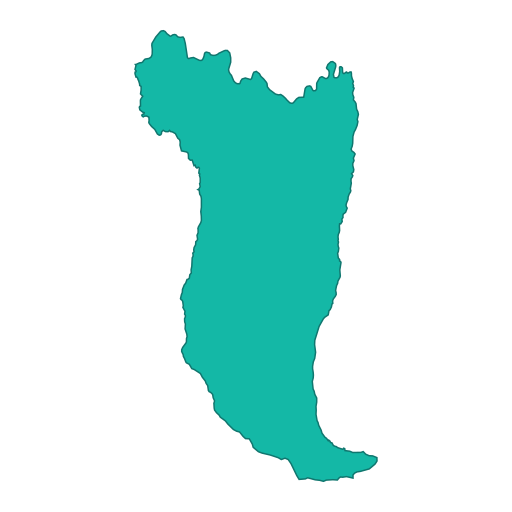 outline of Butha-Buthe (Butha-Buthe District), Butha-Buthe, Lesotho
{"feature_id": "5366337B51987065811788", "entity_name": "Butha-Buthe (Butha-Buthe District)", "entity_type": "district", "adm_level": 2, "iso_a3": "LSO", "parent_name": "Lesotho", "parent_adm1": "Butha-Buthe", "projection": "equal_earth", "projection_center": [28.266, -28.757], "detail": "fine", "context": "isolated", "style": "filled", "palette": "teal", "viewbox_px": 512, "rotation_deg": 0, "n_neighbors": 0, "source": "geoboundaries", "source_scale": "gbopen_adm2", "svg_char_len": 5958}
<svg xmlns="http://www.w3.org/2000/svg" viewBox="0 0 512 512"><path d="M377.0,461.0L376.9,457.6L372.7,455.9L369.1,455.7L365.7,454.2L363.2,451.6L360.9,452.4L352.7,452.5L349.7,451.2L345.0,450.6L344.7,448.6L343.6,448.2L342.9,449.3L337.8,447.7L336.1,446.5L335.2,446.4L333.4,445.5L331.9,442.8L330.5,442.5L330.0,441.2L328.7,440.1L328.2,440.7L326.5,438.3L325.0,437.3L322.0,433.2L321.1,430.1L318.7,425.3L318.0,422.4L317.1,420.8L316.0,414.3L316.2,410.1L316.0,406.4L316.7,402.1L316.7,398.0L314.8,394.3L314.1,391.1L313.1,389.0L312.3,381.4L313.2,377.9L313.4,375.1L313.2,372.5L312.6,368.8L312.6,366.3L313.3,361.9L314.7,358.4L315.6,352.3L314.6,344.6L314.8,340.3L319.1,326.4L323.3,318.9L324.7,317.3L328.2,314.9L329.0,310.6L330.1,309.7L331.4,307.0L332.0,304.0L332.8,303.4L332.6,300.9L333.3,299.0L335.3,296.3L336.2,294.5L336.1,292.6L335.6,290.5L336.0,288.3L336.6,285.5L337.6,283.4L337.9,281.2L340.0,277.3L340.3,275.9L339.8,269.9L341.0,262.6L340.6,261.5L339.6,261.0L339.6,259.5L338.3,258.0L337.6,253.1L338.3,251.7L338.8,248.1L338.2,246.3L338.0,244.3L338.5,242.0L338.0,240.8L338.3,239.3L338.0,236.9L338.3,234.5L339.2,232.5L339.6,230.5L339.4,225.8L339.6,223.8L340.7,223.9L342.2,221.6L341.9,219.1L343.0,217.5L342.9,215.9L343.2,214.2L345.6,212.3L347.2,208.1L346.4,206.8L346.0,205.1L346.6,202.8L348.0,199.5L348.1,197.1L349.1,194.2L350.5,191.9L350.8,190.6L350.3,188.9L351.3,183.2L351.0,181.2L351.1,178.7L352.4,176.8L352.8,175.5L351.5,173.7L353.4,171.9L353.8,169.6L352.8,165.6L352.8,163.4L354.0,160.7L353.4,158.1L355.1,154.0L353.9,152.4L351.9,151.0L351.1,149.1L352.2,146.2L352.7,143.3L352.9,136.5L354.1,132.0L355.5,129.5L357.1,125.5L357.9,121.6L357.2,119.5L358.4,114.4L357.8,111.7L356.6,109.2L356.0,103.6L355.1,101.9L353.4,99.9L353.8,97.3L352.8,94.7L352.6,92.5L354.1,88.1L353.2,87.3L353.5,85.6L352.7,83.5L353.4,81.6L352.2,78.7L351.5,76.0L351.4,73.0L351.0,71.9L349.7,72.1L348.6,72.9L347.3,73.0L346.6,72.0L346.3,72.0L344.3,73.5L343.5,73.5L342.8,72.8L342.6,72.0L342.4,67.9L341.4,66.9L340.5,66.7L339.7,67.0L339.5,67.7L339.7,71.6L339.1,75.3L337.8,77.3L336.7,77.8L334.9,77.8L334.0,77.3L333.4,74.4L335.6,67.1L335.8,65.9L335.6,64.0L335.1,63.3L332.7,61.6L330.8,61.8L327.9,64.5L326.5,67.9L326.8,68.6L328.5,70.1L329.2,71.9L329.1,74.6L328.8,76.0L328.1,77.4L327.2,78.2L326.3,78.5L325.3,78.5L322.3,76.8L321.4,76.8L319.8,77.7L317.0,82.6L316.7,83.6L316.6,89.1L315.5,90.6L313.6,90.8L312.9,90.4L310.8,86.4L309.6,85.9L307.0,86.4L305.6,87.8L305.1,88.8L303.7,97.2L298.8,97.4L296.6,98.9L293.4,102.7L292.3,103.3L291.1,103.2L289.8,102.8L286.7,99.8L285.7,98.5L283.0,96.0L280.7,94.5L278.6,94.9L275.5,94.1L269.6,89.7L267.4,86.9L267.0,83.5L266.2,82.1L263.6,78.9L260.9,76.4L259.4,73.7L256.3,71.4L253.9,72.2L253.1,73.7L251.6,78.5L250.5,79.5L245.3,78.0L242.1,79.0L240.7,81.1L240.0,83.3L239.6,83.7L237.1,83.7L235.3,82.7L233.7,80.9L231.4,75.3L230.0,73.7L229.0,71.8L228.6,69.9L228.7,68.9L230.7,62.2L230.7,57.8L229.7,52.9L227.4,50.5L225.4,50.4L224.1,50.8L218.8,53.3L217.5,54.4L215.2,55.3L212.9,55.4L210.5,54.7L209.6,53.0L206.5,52.1L205.7,52.3L205.1,52.6L204.5,53.7L204.0,56.3L203.0,58.8L201.9,60.2L201.0,60.5L199.3,60.3L193.5,57.5L190.4,58.0L188.8,58.6L188.1,58.4L187.4,57.4L185.3,43.5L184.1,38.6L183.0,37.0L180.3,37.4L178.6,37.1L177.6,36.7L176.0,34.9L174.7,34.5L172.9,34.8L170.7,36.2L170.1,36.1L166.9,33.7L165.1,31.5L163.5,30.7L161.2,31.0L160.3,31.7L155.8,37.0L152.0,43.4L151.8,45.3L152.3,49.4L152.2,54.1L151.7,55.8L150.9,57.2L149.1,58.4L145.1,59.1L143.6,60.6L142.7,62.0L141.7,62.6L139.4,62.9L136.2,64.4L135.4,64.5L136.0,65.4L135.0,69.4L136.2,71.1L135.8,71.9L135.1,72.1L135.0,73.7L136.0,77.1L136.7,77.0L137.7,78.3L138.0,79.5L138.7,80.9L139.6,84.0L139.7,85.5L141.1,86.4L141.1,90.2L140.5,93.9L142.7,96.2L140.6,99.5L140.4,100.6L140.5,106.1L139.7,106.4L139.3,107.2L139.8,109.8L142.8,112.2L144.2,112.6L143.8,114.1L142.8,114.2L141.8,115.1L142.1,116.0L143.2,116.9L144.4,116.2L146.6,116.0L148.9,117.2L149.1,120.5L148.8,122.3L149.2,123.5L151.6,126.5L154.8,129.4L157.4,134.0L159.2,135.2L160.6,134.9L161.4,133.8L161.7,131.7L163.2,130.3L165.4,131.6L168.1,131.7L169.6,130.4L170.3,131.5L172.4,131.9L175.4,133.6L177.8,138.2L179.6,139.7L180.2,142.0L180.0,145.2L181.5,150.9L186.7,152.0L188.1,153.2L188.4,154.9L188.5,158.4L190.3,160.2L192.2,160.1L194.0,165.7L195.2,165.2L195.8,167.1L197.0,168.1L198.0,167.3L198.7,167.3L199.4,168.2L198.8,173.1L199.8,174.0L199.4,175.2L200.2,178.0L200.2,182.7L199.6,183.5L200.2,186.6L198.9,189.0L197.9,189.6L199.2,190.2L199.7,194.1L201.0,196.3L201.4,198.8L201.4,207.3L200.8,211.6L201.3,216.1L201.4,220.4L200.8,222.6L198.4,226.9L197.9,228.6L198.1,229.7L198.1,232.8L197.0,235.3L197.6,239.3L196.8,240.8L195.8,241.6L195.6,244.8L194.1,247.5L193.7,250.0L194.1,251.8L193.2,252.5L192.8,253.3L193.1,254.6L193.0,256.4L192.2,257.8L191.8,266.3L191.1,269.8L191.3,272.9L189.8,274.8L189.3,278.2L188.1,279.2L187.0,279.5L185.7,283.1L184.2,285.0L182.5,289.4L182.3,292.5L181.4,294.7L180.5,298.7L181.0,299.5L181.9,300.1L182.7,301.4L183.3,305.8L182.9,307.4L185.0,311.3L184.6,314.1L185.4,315.3L185.3,317.2L184.6,318.5L184.6,319.8L184.7,321.8L185.4,324.0L185.1,328.9L186.8,334.1L187.1,336.6L186.5,338.5L186.4,341.9L186.0,342.9L182.7,347.4L181.7,349.7L181.7,351.6L183.2,354.7L183.4,356.4L184.6,358.7L185.8,361.9L186.4,362.8L189.3,364.3L191.8,368.6L194.2,369.5L200.4,373.5L202.4,377.3L205.3,381.0L206.2,383.5L207.7,385.6L208.4,390.5L209.2,391.7L210.5,392.3L211.9,393.5L212.7,394.7L213.2,397.8L214.5,400.6L214.4,401.8L213.9,403.2L214.2,408.2L214.6,410.1L216.5,412.7L219.2,415.2L220.3,417.2L225.4,420.9L227.8,424.0L233.4,429.5L236.6,431.2L239.6,432.0L243.1,436.4L245.5,438.6L249.3,438.8L252.3,444.1L253.2,447.3L258.4,451.7L262.1,453.1L270.2,455.0L278.3,457.7L281.3,459.5L285.0,458.2L288.2,459.5L291.0,463.6L296.8,475.6L299.1,479.4L305.3,478.9L307.7,477.8L315.2,479.8L319.7,480.3L323.5,481.3L326.3,480.1L332.9,479.7L337.4,480.0L338.8,478.2L340.4,477.0L342.7,477.2L346.5,476.6L353.0,478.1L353.0,475.0L354.5,473.2L357.0,471.9L360.3,471.4L369.3,468.9L375.1,464.0L377.0,461.0Z" fill="#14b8a6" stroke="#0f766e" stroke-width="1.5"/></svg>